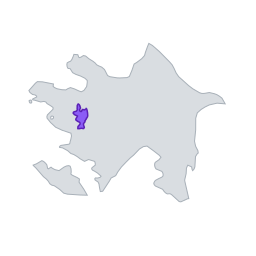 Goygol District, Xanlar, Azerbaijan shown in context, rotated 350°
{"feature_id": "54616110B13615645655589", "entity_name": "Goygol District", "entity_type": "district", "adm_level": 2, "iso_a3": "AZE", "parent_name": "Azerbaijan", "parent_adm1": "Xanlar", "projection": "equal_earth", "projection_center": [46.326, 40.553], "detail": "fine", "context": "in_parent", "style": "filled", "palette": "violet", "viewbox_px": 256, "rotation_deg": 350, "n_neighbors": 0, "source": "geoboundaries", "source_scale": "gbopen_adm2", "svg_char_len": 4582}
<svg xmlns="http://www.w3.org/2000/svg" viewBox="0 0 256 256"><g transform="rotate(350 128 128)"><path d="M175.6,208.1L174.5,208.0L167.2,209.9L165.6,209.3L159.2,201.0L157.9,200.0L155.2,199.7L153.6,198.3L152.2,196.1L151.5,194.4L144.9,189.9L143.9,188.3L143.8,186.8L144.7,185.5L145.8,184.4L149.0,183.3L152.7,182.3L153.9,181.6L154.5,180.4L154.5,178.5L153.8,176.6L148.5,173.2L147.9,171.7L147.7,169.9L148.0,168.0L148.8,166.6L153.1,164.6L155.4,162.5L154.0,160.2L149.2,154.9L143.6,149.1L139.9,149.0L135.6,150.7L128.8,155.7L125.1,157.8L120.1,161.3L114.8,165.2L110.4,169.4L107.6,172.8L102.7,174.3L100.3,177.2L92.1,185.9L89.7,185.8L89.6,181.5L89.7,178.1L89.2,176.1L86.5,173.4L86.5,172.2L87.2,171.5L89.3,172.0L91.9,171.8L93.1,170.8L90.3,167.2L87.8,164.9L85.7,163.3L85.2,162.3L85.2,161.6L85.7,160.8L89.3,158.9L89.6,157.1L89.4,155.1L83.7,152.2L79.4,153.3L75.5,150.0L73.1,147.4L70.0,144.7L67.3,143.2L64.6,139.8L60.1,136.2L57.2,135.2L57.2,134.7L57.7,134.1L59.0,133.5L67.1,133.7L68.1,133.0L68.6,131.5L69.7,129.3L71.0,126.0L70.9,123.2L62.8,118.8L56.9,114.7L52.8,109.3L50.0,104.3L50.1,102.7L50.9,101.1L57.3,96.6L57.7,95.4L57.6,94.6L55.3,92.3L52.5,89.9L51.6,88.1L49.8,87.2L46.5,87.2L40.5,84.2L39.3,83.9L39.0,83.3L39.3,82.8L43.5,81.6L43.5,80.6L42.2,79.3L39.8,78.4L37.6,76.0L36.9,73.9L44.6,67.8L46.8,66.6L51.8,67.7L62.2,71.7L61.5,74.0L62.5,75.3L64.9,77.0L69.5,78.8L73.4,79.7L75.3,78.9L78.3,78.2L82.2,80.3L85.8,82.8L87.6,83.9L88.5,84.2L91.2,83.3L94.5,80.0L95.8,76.0L96.1,74.1L94.2,71.5L90.3,68.6L85.9,66.1L83.1,63.9L81.3,59.5L79.5,59.0L79.0,58.4L78.7,56.9L78.8,54.9L79.4,53.3L81.2,52.6L83.0,52.3L84.6,50.8L86.6,47.8L87.5,46.1L91.3,47.1L91.8,49.8L92.5,50.3L94.1,50.0L96.7,48.9L98.8,49.8L101.5,53.0L105.2,56.3L107.2,58.6L108.0,60.2L109.9,61.7L112.7,63.5L115.0,66.3L117.0,72.8L119.0,74.3L126.2,76.8L128.7,77.3L135.8,78.2L138.3,77.5L141.9,71.9L145.1,66.1L148.1,64.9L153.6,62.1L156.9,59.5L158.2,56.7L161.3,51.3L163.2,48.3L166.4,51.0L172.2,58.2L180.4,70.1L182.4,73.4L183.7,77.3L184.9,82.0L186.8,86.2L195.1,96.8L198.7,100.7L204.6,105.7L206.7,106.8L209.4,107.2L214.3,107.2L218.9,109.2L221.2,110.5L223.6,112.6L225.7,114.9L227.9,121.1L220.0,119.0L212.0,119.4L207.5,120.7L203.1,122.5L198.9,125.1L196.4,130.1L194.3,141.7L191.2,152.6L191.4,157.7L192.9,162.5L192.8,164.8L191.3,165.8L189.5,167.9L187.1,177.9L185.9,179.9L184.3,181.2L183.9,180.0L183.9,177.3L180.4,175.0L178.6,177.6L177.3,183.1L174.8,189.0L174.7,190.1L175.6,208.1ZM56.3,105.3L56.6,103.8L55.6,103.1L54.6,103.1L53.7,103.8L53.7,105.8L54.9,106.1L56.3,105.3ZM29.8,150.6L28.6,149.0L28.1,148.1L31.6,147.4L37.5,145.2L39.1,146.3L40.8,148.5L41.7,150.3L41.8,153.8L42.5,154.4L45.4,153.2L46.6,154.6L48.8,156.3L52.7,158.0L58.2,155.4L60.9,154.7L63.2,154.8L64.4,155.6L64.8,158.3L64.4,161.6L63.7,163.4L64.9,164.8L69.4,168.0L71.3,169.8L70.4,172.9L73.8,180.5L74.9,183.5L76.2,187.1L69.3,185.7L56.8,182.6L53.4,181.0L50.2,176.8L48.2,174.8L45.4,172.1L43.1,171.1L41.3,169.3L40.3,166.6L38.8,164.2L36.3,161.3L30.5,151.6L29.8,150.6ZM37.6,86.2L36.8,86.7L35.7,86.2L35.3,85.0L35.4,83.8L36.6,83.5L37.5,83.8L37.8,84.9L37.6,86.2Z" fill="#d9dde1" stroke="#a8b0b8" stroke-width="1"/><path d="M84.7,100.1L84.7,99.9L84.7,99.5L84.6,99.0L84.5,98.6L84.5,98.3L84.4,98.3L84.3,97.3L84.1,96.8L83.9,96.4L83.6,96.1L83.2,95.8L83.1,95.7L82.8,96.0L82.2,96.6L81.9,97.1L81.7,98.0L81.6,98.8L81.3,99.8L81.3,100.0L81.4,100.6L81.4,101.0L80.9,101.5L80.5,102.0L80.1,102.4L79.5,102.5L79.0,102.6L78.3,102.6L77.7,102.7L77.1,102.9L76.8,103.3L76.6,103.9L76.6,104.0L76.9,104.4L77.2,104.8L77.4,105.4L79.0,106.6L79.7,106.9L80.3,107.5L79.5,108.6L78.7,109.4L78.2,110.1L78.0,110.9L78.9,111.9L79.2,112.4L80.5,113.4L81.2,113.8L81.5,114.2L81.6,114.8L81.6,115.3L81.4,115.9L80.9,116.2L80.4,116.7L79.9,117.2L79.1,117.7L78.9,118.2L78.6,119.3L78.5,119.9L78.9,120.0L79.6,120.2L80.1,120.2L80.9,120.2L81.6,120.2L82.3,120.2L82.6,120.3L82.8,120.4L83.3,120.6L83.6,120.8L84.3,120.8L84.5,120.6L84.6,120.3L85.0,120.0L85.1,119.8L85.1,119.4L84.9,118.6L84.8,117.8L84.8,117.2L84.8,116.6L85.0,115.9L85.3,115.7L85.9,115.1L86.2,114.8L86.6,114.6L86.8,114.1L86.8,113.5L87.2,113.3L87.4,113.0L87.7,112.6L88.1,112.2L88.3,112.1L88.5,111.8L88.7,111.2L89.1,111.1L89.4,110.7L89.6,110.5L89.8,110.2L90.1,109.9L90.5,108.8L90.6,107.9L90.7,107.1L90.8,106.0L90.8,104.9L90.8,103.9L90.8,103.6L90.7,102.7L90.6,102.1L90.3,101.7L90.1,102.1L89.7,102.0L89.2,102.1L88.8,102.5L88.4,102.6L87.6,102.4L87.2,102.1L86.8,101.9L86.2,101.9L86.0,102.3L85.7,102.8L85.4,102.9L85.2,103.4L85.0,103.6L84.8,103.6L84.6,103.6L84.2,103.5L84.0,103.1L83.5,102.8L83.4,102.3L83.5,101.7L83.7,101.4L84.1,100.8L84.3,100.5L84.7,100.1Z" fill="#8b5cf6" stroke="#5b21b6" stroke-width="1.5"/></g></svg>